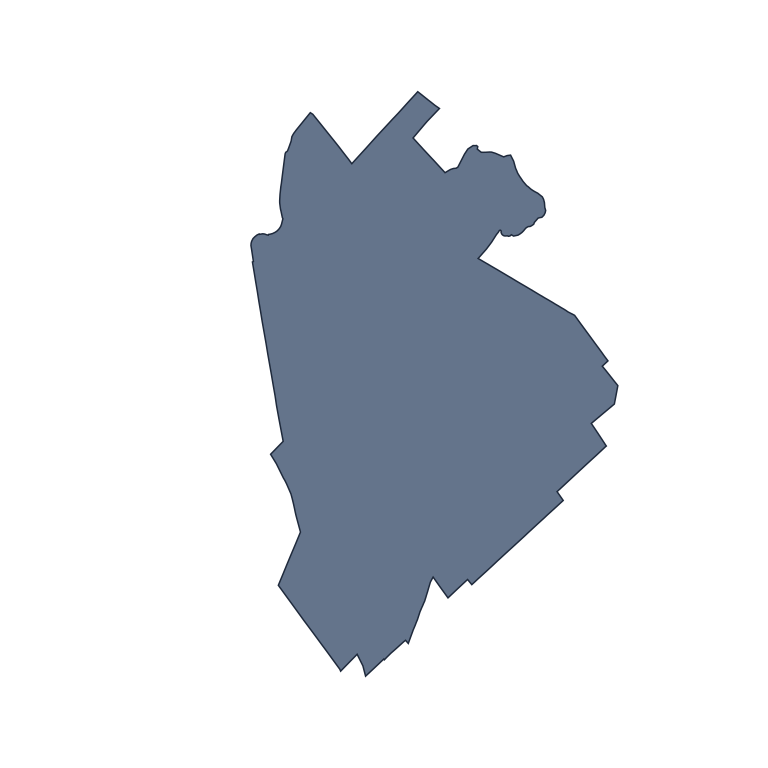 the district of Cocotitlán, México, Mexico, rotated 215°
{"feature_id": "50627088B34264143573163", "entity_name": "Cocotitlán", "entity_type": "district", "adm_level": 2, "iso_a3": "MEX", "parent_name": "Mexico", "parent_adm1": "México", "projection": "equal_earth", "projection_center": [-98.857, 19.228], "detail": "fine", "context": "isolated", "style": "filled", "palette": "slate", "viewbox_px": 768, "rotation_deg": 215, "n_neighbors": 0, "source": "geoboundaries", "source_scale": "gbopen_adm2", "svg_char_len": 4419}
<svg xmlns="http://www.w3.org/2000/svg" viewBox="0 0 768 768"><g transform="rotate(215 384 384)"><path d="M597.0,564.1L600.0,564.0L600.8,552.7L601.6,541.4L601.6,539.9L601.7,538.0L601.6,536.1L601.3,533.7L599.4,529.7L597.5,522.8L596.8,519.9L596.8,518.9L597.0,518.4L597.4,517.4L597.0,515.8L591.5,505.3L587.3,497.3L583.2,489.6L581.6,486.3L578.0,479.8L574.6,474.3L573.3,472.5L572.3,471.4L569.2,468.0L567.5,466.5L562.7,462.0L561.6,461.4L561.4,460.8L559.6,456.1L559.0,453.8L558.9,451.2L559.3,448.3L560.1,446.0L561.6,443.3L563.3,441.3L564.3,440.4L564.2,439.5L565.1,439.2L566.1,438.8L567.1,438.6L568.2,438.2L569.6,437.4L571.9,435.1L572.3,435.3L573.5,433.2L574.3,430.4L574.7,428.0L574.3,425.1L573.6,423.1L572.4,421.1L569.0,417.6L561.2,409.4L561.8,408.5L554.7,401.3L547.6,394.0L540.5,386.8L533.5,379.5L526.4,372.3L519.3,365.0L511.6,357.3L503.9,349.6L496.3,341.8L488.6,334.1L480.9,326.4L473.6,319.0L466.3,311.7L459.5,304.5L450.5,295.6L450.1,295.2L433.7,279.2L435.0,271.2L436.6,261.4L426.1,256.8L425.6,256.5L412.5,249.3L410.0,248.2L406.5,246.3L397.2,240.6L393.6,237.6L389.4,233.9L388.3,232.9L385.7,230.5L383.5,228.4L381.2,226.3L378.5,224.0L376.7,222.5L376.1,222.0L367.5,214.8L364.6,201.8L363.4,196.2L362.1,190.1L360.0,180.5L357.9,171.2L355.1,158.5L342.9,154.3L331.5,150.4L328.6,149.4L325.7,148.4L320.2,146.5L314.2,144.4L313.3,144.1L309.0,142.7L302.1,140.4L295.8,138.3L289.0,136.0L284.3,134.4L282.1,133.7L274.7,131.2L265.7,128.1L256.6,125.0L254.8,123.9L252.6,137.5L251.4,144.6L251.0,147.2L239.6,141.0L231.5,134.1L229.1,145.4L226.4,158.6L225.5,158.3L225.0,161.6L223.9,167.6L222.6,172.9L221.3,178.5L220.0,184.3L219.4,186.4L215.3,185.4L217.4,193.3L218.7,198.2L218.9,198.8L219.4,201.2L220.0,204.0L220.9,207.6L221.4,210.0L222.9,214.9L223.6,217.2L223.9,218.1L224.1,219.2L224.5,221.1L224.9,223.0L225.1,224.3L225.7,226.9L225.8,227.5L226.2,229.7L226.7,231.1L227.4,233.4L228.1,235.4L229.1,238.6L230.2,241.8L231.7,246.3L232.1,247.5L232.4,248.5L232.9,252.7L233.0,254.0L221.0,249.7L208.9,245.5L206.2,258.7L203.4,271.8L197.0,270.0L196.0,274.5L195.2,278.4L194.8,280.1L192.1,292.2L190.3,300.6L189.6,304.1L186.5,318.1L184.1,328.8L181.3,341.6L180.8,344.1L178.0,357.0L175.9,366.3L175.2,369.8L172.3,382.6L170.4,391.4L180.5,395.1L178.2,405.7L177.3,410.0L176.2,415.1L174.2,424.5L172.6,431.9L170.6,441.0L168.8,449.1L166.6,459.6L166.3,460.7L167.9,461.3L176.1,464.6L185.3,468.2L191.6,470.6L187.7,485.2L183.8,499.7L185.9,504.4L188.6,510.4L191.5,516.8L198.0,518.7L202.6,520.1L209.0,522.0L215.4,523.8L214.6,527.6L213.8,531.4L219.9,533.4L223.8,534.8L227.9,536.2L234.5,538.4L237.7,539.5L247.4,542.8L256.9,546.0L267.3,549.6L274.6,548.6L277.3,548.6L279.4,548.5L280.4,548.4L282.8,548.2L286.0,548.0L289.3,547.7L292.9,547.5L296.7,547.2L299.0,547.0L302.2,546.7L308.9,546.2L314.9,545.8L320.3,545.4L326.7,544.9L331.4,544.5L335.5,544.2L340.4,543.9L343.8,543.6L349.2,543.2L355.8,542.7L357.2,542.6L359.4,542.4L363.0,542.1L378.9,540.8L377.5,553.2L377.2,561.9L377.6,570.8L377.4,573.8L377.5,574.9L377.5,576.0L377.2,576.5L376.7,576.8L376.1,576.5L375.7,576.5L374.9,575.2L373.6,574.4L372.5,574.1L371.2,574.1L370.3,574.4L369.5,574.9L369.0,575.2L368.2,576.0L367.3,576.3L366.9,576.3L366.3,576.9L365.9,577.3L365.6,577.8L365.3,579.3L362.7,579.5L359.6,582.8L358.6,585.1L357.9,587.3L357.5,589.7L357.4,591.5L357.1,593.6L356.6,594.7L356.2,595.6L354.6,596.9L354.4,597.3L353.9,598.3L353.0,600.7L353.3,601.9L353.5,602.6L352.9,608.3L351.9,609.5L350.3,611.1L349.8,614.0L350.2,616.7L351.1,618.9L353.5,620.8L356.6,624.6L359.2,626.8L361.6,628.1L367.6,628.5L368.9,628.3L370.5,628.1L373.1,627.9L375.7,627.9L379.0,628.3L380.9,628.3L386.3,629.7L390.4,631.3L392.1,631.9L395.5,633.4L397.6,634.8L398.9,635.6L399.8,636.1L405.0,640.4L405.6,640.9L411.6,644.1L414.2,641.7L415.2,640.2L416.2,638.7L425.0,636.9L428.8,635.7L430.4,634.7L433.3,632.4L435.6,630.7L437.2,629.6L442.3,629.9L443.4,632.3L445.1,632.4L445.7,631.8L447.8,630.4L450.1,624.6L449.9,618.4L447.9,604.0L448.3,603.1L448.6,602.2L450.8,600.3L452.5,598.0L453.1,596.8L453.6,595.7L455.2,592.1L463.8,594.0L472.4,595.9L474.0,596.2L487.1,599.0L489.2,599.5L493.0,600.3L496.9,601.2L501.3,602.2L499.8,618.8L499.6,620.8L499.3,623.9L496.6,641.5L502.5,641.5L505.2,641.7L511.0,642.0L524.0,642.8L525.9,628.3L527.7,613.8L528.9,605.9L530.4,594.9L532.1,582.7L534.1,566.1L535.6,554.7L536.7,546.0L537.4,546.2L541.8,547.7L546.7,549.2L551.2,550.6L556.2,552.2L560.9,553.6L573.6,557.3L584.2,560.4L597.0,564.1Z" fill="#64748b" stroke="#1e293b" stroke-width="1.5"/></g></svg>